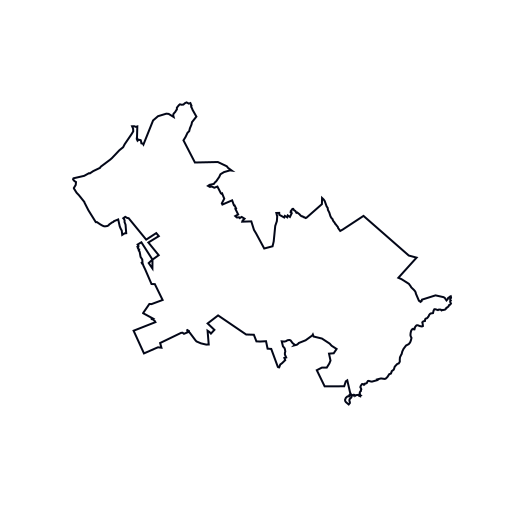 outline of Ezequiel Montes, Querétaro, Mexico, rotated 329°
{"feature_id": "50627088B86896895761869", "entity_name": "Ezequiel Montes", "entity_type": "district", "adm_level": 2, "iso_a3": "MEX", "parent_name": "Mexico", "parent_adm1": "Querétaro", "projection": "equal_earth", "projection_center": [-99.842, 20.653], "detail": "fine", "context": "isolated", "style": "outline", "palette": "ink", "viewbox_px": 512, "rotation_deg": 329, "n_neighbors": 0, "source": "geoboundaries", "source_scale": "gbopen_adm2", "svg_char_len": 6112}
<svg xmlns="http://www.w3.org/2000/svg" viewBox="0 0 512 512"><g transform="rotate(329 256 256)"><path d="M402.2,390.8L401.1,390.7L400.0,391.0L399.3,390.9L398.8,391.1L398.3,391.6L396.4,392.2L396.2,389.1L395.6,387.9L389.6,382.2L375.8,378.9L374.6,380.0L373.3,380.0L373.3,379.1L372.6,378.3L373.7,370.4L374.0,369.8L374.2,368.4L373.9,366.4L372.9,362.8L373.0,362.0L372.7,358.6L368.8,350.8L366.8,348.0L392.8,340.1L387.2,334.3L368.8,277.0L343.9,278.0L341.1,277.9L340.8,274.3L341.1,273.2L340.8,271.4L340.7,269.9L340.4,269.0L340.6,267.8L340.3,266.5L340.3,265.1L340.6,263.9L340.2,262.0L340.3,260.2L341.2,256.5L341.4,253.5L342.2,251.7L342.1,249.8L343.2,244.3L343.1,242.5L342.5,240.3L339.2,245.5L318.9,249.2L317.9,248.9L317.6,247.8L316.7,247.2L316.4,246.0L315.5,245.4L315.0,244.0L314.8,242.7L313.7,239.9L312.9,239.8L312.9,237.7L312.2,236.3L312.2,234.8L311.5,234.4L309.1,235.4L309.3,235.8L308.2,236.5L308.7,237.7L305.2,240.0L304.1,237.6L302.7,238.9L301.4,236.5L300.0,237.5L297.2,232.7L298.1,231.0L295.6,229.6L294.5,233.1L291.8,236.9L288.0,240.1L278.7,252.6L275.2,256.2L266.9,253.8L267.7,236.7L267.7,232.6L269.8,223.9L261.9,219.5L262.7,218.8L265.4,218.1L263.8,215.1L261.6,215.1L261.5,214.2L259.4,213.1L258.8,211.1L262.1,211.2L262.6,205.0L263.4,205.0L263.7,201.5L263.2,201.2L264.2,196.0L253.7,194.6L253.8,193.3L258.3,190.5L259.2,184.9L258.5,184.9L258.2,184.2L258.7,176.6L255.4,176.0L254.3,174.3L253.3,173.3L252.1,173.1L251.0,171.2L252.9,171.1L257.0,172.5L258.6,171.8L260.3,171.5L265.2,169.3L267.5,167.7L268.3,167.6L271.8,167.6L277.8,169.2L279.2,170.3L277.4,166.0L277.2,164.1L271.7,155.8L251.8,144.4L253.4,119.5L256.9,117.7L260.8,115.1L263.0,114.6L265.1,112.5L268.4,110.1L270.1,108.3L276.7,105.8L276.9,98.1L277.2,96.3L277.2,95.1L277.7,93.9L278.1,93.9L278.5,91.1L276.9,90.8L275.6,88.6L273.9,88.4L271.7,88.8L270.1,88.0L268.9,86.8L267.6,87.0L264.6,88.1L263.6,89.7L263.0,89.8L261.0,90.9L258.6,91.6L257.5,92.7L257.0,94.4L254.3,89.2L252.4,87.8L244.0,85.7L237.6,86.8L216.9,102.5L216.9,101.4L215.8,100.4L216.6,98.3L216.8,97.3L215.2,95.8L214.2,96.1L214.6,94.6L214.0,94.9L214.1,94.2L215.7,92.1L221.0,83.8L219.5,83.4L218.4,82.0L216.6,81.0L216.3,83.4L215.0,85.9L212.4,87.3L200.9,92.6L198.2,94.3L193.3,95.0L182.9,97.9L180.7,98.3L168.9,99.5L167.7,100.1L160.2,99.4L156.1,99.6L155.5,99.0L150.0,98.8L139.6,95.4L138.7,96.0L138.7,96.9L139.0,98.3L139.8,99.9L138.1,102.2L134.9,103.9L134.7,104.3L134.8,109.4L135.5,112.5L136.7,121.3L136.5,121.8L135.9,130.4L136.1,144.3L136.2,144.6L137.1,145.0L138.8,148.7L140.1,151.0L141.1,152.3L142.0,152.9L144.0,153.7L145.4,153.8L146.3,153.4L149.9,153.1L151.3,153.3L152.2,153.0L156.7,153.7L154.5,160.3L154.1,162.7L154.0,165.1L152.2,169.0L154.9,168.9L156.5,169.6L160.3,162.0L160.8,159.2L161.7,157.8L161.9,156.4L161.7,155.3L164.1,155.1L165.2,157.1L166.3,158.0L170.3,185.4L182.3,185.0L182.9,188.9L170.7,189.0L173.0,205.2L165.4,205.8L160.8,213.3L160.4,206.8L165.4,205.7L164.8,185.2L160.4,185.2L160.4,186.9L159.1,187.1L159.3,188.1L158.8,188.5L158.8,189.6L159.2,190.2L158.3,191.0L158.5,192.0L158.2,193.1L156.6,197.3L156.7,200.4L155.6,202.7L154.5,202.9L154.5,203.9L155.0,204.0L154.5,206.3L154.1,210.5L152.0,226.2L154.8,228.0L153.3,245.6L141.6,243.4L139.9,242.2L130.0,246.7L129.8,246.9L135.4,256.4L134.2,256.1L134.1,256.4L134.9,257.1L135.7,259.2L135.7,260.9L112.6,257.0L109.8,281.8L123.1,283.5L125.0,283.8L127.7,285.9L129.0,281.2L152.2,283.3L153.5,283.9L154.2,285.6L158.1,286.2L159.1,283.4L159.2,284.8L159.7,285.5L159.4,285.7L159.7,286.2L159.4,286.8L159.7,287.5L160.7,297.2L161.0,298.6L163.8,302.5L167.7,306.3L169.9,307.5L176.0,295.1L177.0,297.2L177.4,299.3L182.3,297.9L179.8,288.9L192.9,287.4L207.1,318.2L213.6,322.4L212.4,329.4L215.4,331.4L220.7,334.2L218.2,341.4L221.2,343.5L217.6,362.3L217.7,362.7L218.5,363.4L220.9,361.5L223.1,361.3L227.4,360.3L227.8,358.0L229.6,358.5L230.0,355.4L230.8,354.0L231.9,353.0L232.8,350.7L233.0,349.6L232.6,347.3L234.1,342.4L236.3,344.0L238.1,344.5L239.2,344.4L239.8,344.5L241.2,345.1L241.6,345.4L242.2,346.3L242.5,349.5L243.5,352.1L242.7,352.3L245.3,353.1L247.1,352.9L247.8,352.6L255.1,353.8L263.4,353.1L264.3,352.6L263.9,354.7L270.0,360.7L274.0,369.0L274.6,371.9L277.2,377.2L272.5,379.4L268.3,377.3L266.0,384.0L263.5,385.9L259.2,388.1L255.0,385.6L249.3,385.2L247.7,403.1L264.5,413.1L268.4,409.7L270.2,409.6L266.3,421.6L266.2,422.9L265.0,423.0L264.4,423.3L264.1,424.0L263.4,424.3L263.0,423.8L262.6,423.6L261.6,423.5L259.9,423.9L258.2,425.2L257.8,426.2L257.8,427.5L259.0,431.0L260.7,430.4L261.2,429.6L261.4,428.5L261.8,427.6L262.6,426.9L264.6,426.4L265.4,425.9L265.8,424.9L266.4,424.6L266.9,424.7L267.7,425.8L268.5,425.4L269.4,426.6L269.2,426.9L270.3,426.9L272.4,427.8L272.6,428.1L272.3,428.8L273.1,429.9L273.4,429.5L273.9,429.5L273.5,428.7L274.0,428.1L274.0,427.4L274.8,426.3L275.6,425.9L276.5,425.7L276.8,425.0L277.6,424.5L277.9,423.4L277.8,422.8L277.9,422.1L278.9,421.3L280.8,420.4L281.5,420.7L282.0,421.4L282.4,422.8L282.6,421.6L283.2,421.4L284.7,421.9L285.7,421.9L286.8,421.1L287.6,420.8L288.3,421.1L289.8,422.7L290.7,423.4L296.1,424.9L296.3,424.9L296.3,424.2L299.7,425.2L300.2,425.4L302.9,427.6L303.5,427.8L304.1,427.9L306.3,427.4L309.4,425.9L310.9,426.3L311.4,426.1L312.0,425.4L312.4,425.3L313.1,424.6L315.3,424.4L316.0,424.0L317.8,422.4L318.9,422.0L321.5,421.3L323.0,421.6L324.4,420.9L325.0,420.4L325.7,419.1L327.2,417.0L329.8,415.3L330.3,415.1L332.2,413.2L334.6,411.6L338.5,410.0L341.5,410.2L343.5,409.5L345.1,408.3L347.1,406.3L347.2,404.8L347.6,403.4L348.9,401.6L350.5,400.0L351.9,399.3L353.2,399.3L353.6,400.3L354.0,400.5L355.8,398.8L357.5,398.2L358.2,398.2L359.1,398.8L360.2,400.3L361.6,401.6L362.0,401.9L363.0,402.0L363.8,400.3L364.4,398.5L365.8,398.2L367.4,398.7L368.0,397.8L368.7,397.2L369.3,397.1L370.5,397.4L371.7,397.1L371.9,396.9L372.7,396.7L374.1,395.7L375.2,395.3L376.0,395.2L378.3,396.1L380.2,394.2L381.5,393.5L382.5,394.2L384.1,396.1L385.2,396.1L386.7,397.1L387.0,398.2L387.9,398.2L388.3,398.6L390.4,399.3L392.3,398.9L392.5,398.5L394.4,398.5L395.2,398.3L395.8,397.7L396.3,397.5L397.2,397.7L398.6,397.2L398.8,395.3L399.3,394.7L400.0,394.5L399.9,393.8L400.0,393.4L400.3,392.9L401.2,392.6L401.9,391.9L402.2,390.8Z" fill="none" stroke="#020617" stroke-width="2"/></g></svg>